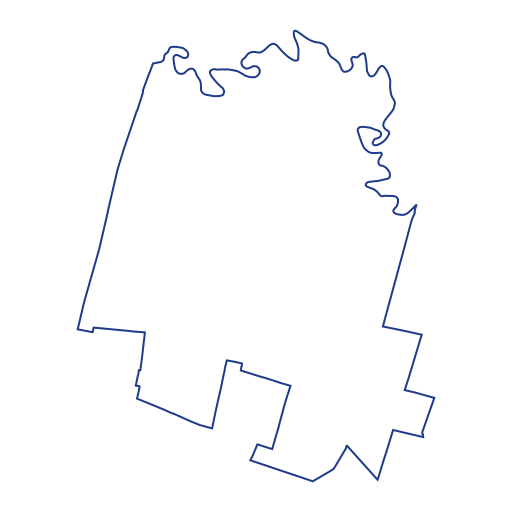 outline of Axintele, Ialomita, Romania
{"feature_id": "2599482B81845077877895", "entity_name": "Axintele", "entity_type": "district", "adm_level": 2, "iso_a3": "ROU", "parent_name": "Romania", "parent_adm1": "Ialomita", "projection": "equal_earth", "projection_center": [26.784, 44.584], "detail": "fine", "context": "isolated", "style": "outline", "palette": "blue", "viewbox_px": 512, "rotation_deg": 0, "n_neighbors": 0, "source": "geoboundaries", "source_scale": "gbopen_adm2", "svg_char_len": 5836}
<svg xmlns="http://www.w3.org/2000/svg" viewBox="0 0 512 512"><path d="M422.9,434.4L422.5,434.3L422.2,432.4L434.3,397.9L414.2,392.3L404.7,390.1L408.7,377.8L421.7,334.7L404.0,330.8L382.9,326.5L387.3,310.1L405.6,243.0L411.0,222.6L412.7,217.4L413.6,215.8L414.5,213.7L414.7,212.3L414.8,210.1L416.6,204.4L415.6,205.6L412.3,208.9L409.9,211.1L408.6,212.4L406.8,213.6L405.2,214.4L403.8,214.8L402.0,214.9L398.1,214.4L395.8,213.8L394.2,212.7L393.6,212.0L393.4,211.0L393.5,209.9L393.9,209.3L396.7,206.2L397.3,204.6L397.8,203.0L398.0,201.7L398.0,199.3L396.7,197.3L395.2,196.4L392.6,196.0L385.2,195.8L382.7,196.2L381.5,196.2L380.5,195.7L378.2,193.1L377.7,192.3L374.8,189.9L373.2,189.0L367.4,186.8L366.5,186.2L365.7,185.2L365.8,184.6L366.0,184.0L366.5,183.2L367.4,182.4L369.1,181.9L375.6,181.1L377.1,181.1L386.1,179.1L388.1,178.5L389.3,177.7L389.8,176.4L389.9,175.3L389.9,174.0L389.6,172.7L389.1,171.7L388.0,169.9L386.8,168.5L385.5,167.4L383.8,166.3L382.7,165.9L380.0,165.3L379.3,164.7L378.5,163.1L378.4,162.1L378.5,161.0L378.9,159.6L381.7,154.8L381.8,154.0L381.5,153.3L381.1,152.9L379.8,152.7L376.8,152.9L375.3,153.1L372.1,153.0L370.2,152.6L369.0,152.1L367.9,151.4L366.0,149.9L364.5,148.4L363.3,146.6L361.6,142.6L360.0,138.1L358.0,131.9L357.7,130.6L357.7,129.5L358.0,128.6L359.7,127.2L361.5,126.9L364.1,126.9L369.7,127.6L371.5,128.2L375.0,129.6L378.5,130.7L379.4,131.2L380.2,131.9L380.7,132.7L381.0,133.5L381.0,134.8L380.8,135.6L380.3,136.5L379.3,137.4L377.8,138.2L375.1,138.8L374.1,139.7L372.8,142.4L372.7,143.5L373.5,144.7L374.1,145.1L375.0,145.2L376.5,145.2L378.0,144.8L381.5,142.9L383.7,141.3L385.3,139.7L386.9,137.9L389.1,133.9L389.2,132.6L389.0,132.0L387.6,130.6L385.7,129.4L384.4,128.2L383.2,125.6L383.4,124.3L383.7,122.8L384.1,121.9L384.6,120.9L385.6,119.4L391.8,111.6L392.8,110.1L393.6,108.6L393.9,107.6L394.9,103.7L394.9,102.8L394.8,102.1L394.2,100.5L392.5,97.7L392.0,96.7L391.3,95.0L390.9,93.2L390.5,91.0L390.1,86.9L390.1,84.6L390.3,81.7L390.2,80.2L389.9,79.0L388.7,75.1L387.0,71.1L386.1,69.6L384.5,67.5L383.6,66.6L382.5,66.0L381.5,66.0L380.5,66.6L378.7,68.5L376.1,73.1L374.7,74.9L372.8,76.2L371.2,76.4L370.4,76.3L370.0,76.1L369.2,75.3L367.9,73.1L367.2,71.5L366.9,70.3L366.6,65.8L366.4,63.1L365.9,60.0L365.2,55.9L364.8,54.1L364.5,53.8L364.1,53.5L363.5,53.4L362.8,53.4L360.5,54.5L359.0,55.9L358.6,56.4L358.0,56.9L357.4,57.2L356.3,57.4L353.8,56.9L352.8,57.1L352.1,57.6L351.6,58.4L351.2,59.6L352.4,63.4L352.7,64.9L352.7,65.6L352.5,66.4L351.8,67.9L350.8,69.2L349.7,70.1L348.4,70.9L346.9,71.5L345.8,71.7L344.9,71.8L343.7,71.6L343.2,71.2L342.2,70.2L341.7,69.5L339.6,64.4L338.5,62.6L337.9,62.0L335.1,59.6L331.2,57.0L329.1,54.2L328.2,52.4L327.6,49.0L326.9,47.5L325.8,46.1L325.4,45.7L323.8,44.3L321.8,43.4L319.7,42.7L314.7,42.0L313.6,41.6L310.1,40.2L306.3,38.0L300.1,33.5L297.3,31.6L296.4,31.1L295.2,30.7L294.5,30.9L294.1,31.3L293.9,31.8L293.8,32.6L293.8,34.0L293.9,35.2L294.4,37.3L297.0,43.3L297.8,46.1L298.4,48.9L298.5,50.3L298.2,59.0L297.9,59.8L297.3,60.4L295.9,60.6L294.3,60.5L293.5,60.2L291.4,59.0L288.5,57.1L286.4,55.4L282.0,51.2L277.3,45.8L276.4,45.0L275.4,44.4L273.7,43.8L272.9,43.8L271.7,44.1L269.9,45.1L268.9,45.9L264.0,50.4L261.4,52.0L260.4,52.4L259.2,52.6L257.9,52.5L254.1,51.9L252.1,52.0L251.2,52.2L249.0,53.2L247.7,54.2L246.6,55.4L246.1,56.2L245.0,57.7L242.8,59.4L242.3,60.1L241.9,60.9L241.6,61.9L241.4,63.1L241.5,63.8L241.8,64.7L242.8,66.3L243.5,67.2L244.4,67.7L246.2,68.6L248.4,68.4L253.2,66.2L254.5,66.1L256.4,66.4L257.0,66.6L258.0,67.4L259.0,68.6L259.6,69.8L259.8,70.9L259.7,72.2L259.2,73.6L258.9,74.1L257.6,75.6L256.2,76.6L254.9,77.2L254.4,77.3L250.2,77.1L247.8,76.6L245.0,75.5L240.4,72.7L238.1,71.5L237.1,71.1L233.6,70.3L228.7,69.5L222.3,69.4L217.1,69.6L214.0,69.1L213.1,69.3L211.5,70.0L210.2,71.0L209.9,71.5L209.9,71.8L210.1,73.7L210.8,75.1L211.5,76.2L212.9,78.1L215.3,81.0L218.1,84.0L220.6,86.4L222.5,87.9L223.4,89.4L224.0,90.8L224.1,91.2L223.9,92.6L223.6,93.5L223.2,94.5L222.4,95.2L220.2,95.9L217.7,96.1L214.7,96.2L211.7,95.8L205.1,94.5L203.6,93.6L202.8,93.0L202.1,92.2L201.6,91.5L201.2,90.8L201.0,90.1L200.9,83.8L200.2,80.9L198.9,78.5L198.4,78.0L196.7,75.3L195.6,72.3L195.2,71.5L194.1,69.7L193.0,69.0L192.1,68.7L191.2,68.7L189.7,68.9L188.7,69.4L187.2,70.4L184.5,72.9L183.5,73.4L181.9,73.9L180.0,73.8L178.8,73.4L177.6,72.6L176.2,71.0L175.3,69.4L174.4,65.9L173.7,60.9L173.5,58.2L173.5,57.5L173.7,56.7L174.1,56.2L175.0,55.4L175.7,55.0L176.4,55.0L177.5,55.1L180.2,56.3L182.2,57.4L183.5,57.9L184.4,58.0L185.6,57.9L186.7,57.5L187.6,56.9L187.7,56.4L188.1,55.4L188.2,54.0L188.0,53.3L187.7,52.4L187.2,51.5L185.6,50.0L184.0,48.7L182.9,48.1L181.0,47.6L176.5,46.9L172.7,46.8L171.6,46.9L170.8,47.2L170.0,47.8L169.3,48.8L168.0,51.9L166.7,53.1L165.5,53.9L164.6,55.0L164.3,56.0L164.2,57.4L163.9,59.0L163.7,59.6L163.1,60.4L162.6,60.9L161.1,61.9L160.1,62.2L158.1,62.4L155.4,63.1L153.0,63.4L150.7,69.8L148.3,75.7L142.8,90.7L143.0,91.0L143.0,91.9L141.8,96.3L137.1,110.8L136.7,111.1L123.7,149.5L117.6,169.3L108.5,208.4L107.1,215.1L99.2,249.0L84.4,301.2L83.1,306.3L77.7,329.3L92.6,332.2L93.7,327.6L129.6,331.0L130.1,331.2L144.9,332.4L142.1,356.9L141.2,364.0L140.3,370.2L138.9,370.2L138.3,374.5L137.9,375.3L135.8,385.6L139.0,386.1L139.5,386.4L139.6,386.8L139.5,387.6L137.0,398.6L164.1,409.7L172.2,413.4L173.2,413.5L191.0,421.5L199.7,425.0L212.1,428.4L215.5,412.0L218.1,400.1L220.8,388.6L224.0,373.0L224.8,370.0L224.7,368.9L226.8,360.6L226.9,360.4L227.1,360.4L234.2,361.7L241.9,363.4L241.9,365.0L241.2,367.9L240.8,370.5L260.3,376.6L265.8,378.1L281.0,383.1L290.5,385.8L285.9,400.2L284.1,406.3L278.9,425.7L278.8,426.5L275.1,438.9L274.8,439.9L274.8,440.6L274.5,441.0L272.2,449.1L257.4,444.4L252.8,455.3L250.3,460.3L312.8,481.3L330.2,471.1L333.3,469.2L333.7,468.8L334.2,468.1L346.0,448.3L346.4,446.1L347.1,445.8L377.5,479.7L378.8,476.1L382.7,463.2L386.1,452.7L393.1,430.0L423.2,437.1L422.9,434.4Z" fill="none" stroke="#1e3a8a" stroke-width="2"/></svg>